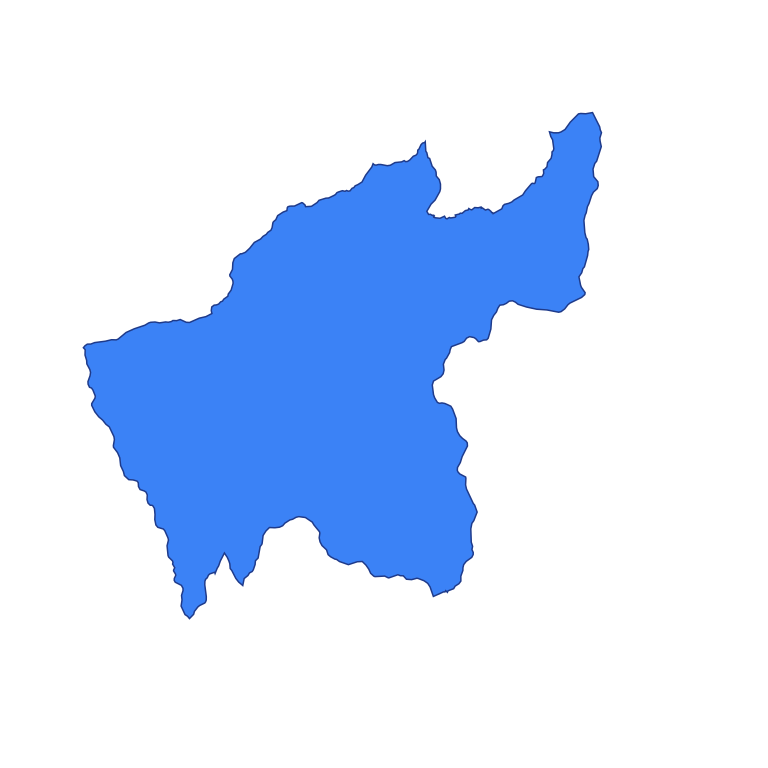 outline of Susacón, Boyacá, Colombia, rotated 162°
{"feature_id": "7082276B12166433159462", "entity_name": "Susacón", "entity_type": "district", "adm_level": 2, "iso_a3": "COL", "parent_name": "Colombia", "parent_adm1": "Boyacá", "projection": "albers", "projection_center": [-72.721, 6.224], "detail": "fine", "context": "isolated", "style": "filled", "palette": "blue", "viewbox_px": 768, "rotation_deg": 162, "n_neighbors": 0, "source": "geoboundaries", "source_scale": "gbopen_adm2", "svg_char_len": 6168}
<svg xmlns="http://www.w3.org/2000/svg" viewBox="0 0 768 768"><g transform="rotate(162 384 384)"><path d="M665.4,440.9L662.8,436.7L660.9,431.6L658.5,428.1L657.1,417.4L657.6,414.4L660.4,409.1L660.8,407.4L658.6,401.0L658.1,395.4L659.7,387.7L658.9,381.3L659.2,377.1L656.3,371.9L652.3,370.3L648.9,368.0L648.2,366.2L649.2,362.3L648.6,359.0L645.0,356.3L643.8,354.8L643.4,351.7L645.1,347.3L645.2,343.6L643.8,340.9L642.2,340.4L641.5,339.6L640.8,336.6L642.1,330.7L643.9,325.8L644.5,320.4L643.4,317.6L638.6,314.2L637.8,312.1L637.0,304.4L637.2,302.2L640.3,297.2L642.4,287.6L642.3,285.9L639.8,281.1L639.9,279.4L640.7,278.1L639.8,273.9L641.5,272.2L641.9,271.3L641.0,267.5L641.3,266.2L643.5,263.9L644.2,262.1L643.8,260.0L638.9,255.1L638.3,251.8L639.0,249.6L641.9,245.5L642.8,241.1L645.6,235.5L644.5,226.2L642.6,223.8L641.5,221.0L636.2,223.8L634.6,226.3L629.9,229.5L627.8,230.3L622.1,231.1L620.9,232.0L619.8,233.5L618.7,236.7L616.5,248.4L615.3,251.7L614.0,253.4L612.0,254.3L610.1,256.4L608.5,257.2L603.2,257.3L603.2,256.0L599.6,260.3L597.5,262.1L594.4,266.2L588.0,272.6L586.6,267.5L586.2,263.3L586.2,260.7L587.3,256.0L586.4,253.7L585.0,244.9L583.4,240.5L580.6,236.0L577.1,242.2L572.6,243.9L570.3,245.9L567.3,246.4L565.7,247.7L562.4,252.1L560.9,255.6L557.5,257.4L552.0,267.7L549.8,269.2L549.1,270.2L545.8,277.3L541.7,280.7L537.3,282.9L532.2,281.0L527.6,280.1L524.2,280.5L521.2,282.3L515.5,283.8L512.7,283.6L508.8,284.4L506.0,284.2L500.0,281.3L494.9,274.8L494.2,271.6L491.0,263.4L491.1,262.0L493.2,257.7L493.6,253.6L492.9,249.5L489.9,244.0L489.9,239.0L488.2,236.2L484.9,232.7L483.3,231.8L481.2,228.9L473.7,223.2L464.3,223.2L459.5,221.9L457.1,217.3L455.7,212.6L455.2,208.1L453.1,204.4L452.1,203.6L442.7,201.1L439.8,198.3L438.9,198.1L429.7,198.3L427.8,196.7L424.9,195.6L423.0,191.4L418.2,189.4L412.8,189.1L411.6,188.5L406.7,184.5L404.0,180.9L402.9,176.8L402.7,166.7L391.5,167.9L390.3,167.4L389.2,168.4L388.1,166.3L387.0,167.5L381.0,167.8L378.8,169.8L374.5,170.9L371.8,172.8L370.3,177.5L366.6,182.3L365.7,184.9L364.0,187.6L360.6,189.9L354.1,192.0L351.9,194.2L351.2,196.2L351.5,199.4L349.9,202.2L349.9,206.6L346.2,219.4L343.5,224.3L340.8,226.3L335.0,233.4L335.2,240.8L336.0,242.8L338.0,258.6L337.6,262.8L335.3,268.9L335.1,270.3L339.7,275.0L340.8,277.4L341.0,279.2L339.9,281.9L335.7,285.7L332.1,290.8L323.8,299.2L323.0,302.3L323.6,304.4L326.1,307.9L327.9,311.4L328.9,316.0L328.6,319.9L326.1,328.9L326.5,338.9L327.3,342.2L329.7,344.5L332.2,346.7L334.8,348.1L337.3,348.5L338.9,350.0L340.1,355.1L340.2,358.6L338.4,368.1L336.0,371.5L327.6,373.4L324.6,375.4L322.6,378.7L321.4,384.5L318.2,388.4L316.6,389.2L311.9,393.6L310.4,396.3L308.3,398.7L296.9,399.2L294.6,399.7L291.3,402.1L288.0,402.6L284.0,400.3L282.7,398.6L281.1,395.1L279.7,394.7L275.8,395.0L272.7,394.3L270.8,395.3L265.4,403.2L261.9,411.8L258.5,415.3L254.8,417.8L252.3,420.9L249.5,423.2L245.9,422.5L242.7,422.9L239.3,424.1L236.0,423.4L233.7,421.2L231.9,418.4L224.7,413.2L215.8,408.0L206.2,404.1L195.7,398.3L193.2,398.1L188.9,399.6L184.5,402.6L182.1,403.5L169.3,405.3L165.4,407.0L164.5,408.7L166.4,415.0L166.5,417.3L165.5,425.7L161.6,428.7L159.2,432.3L157.2,433.5L150.7,443.2L149.0,447.0L147.7,448.7L146.5,453.8L146.0,459.0L146.6,460.8L146.2,466.0L143.3,477.9L140.5,482.5L138.8,484.3L135.8,489.7L133.2,492.4L128.4,499.0L125.5,501.8L120.8,503.9L118.9,506.6L118.1,510.3L120.5,516.4L118.8,523.8L115.4,528.6L112.9,530.2L104.0,542.6L103.4,548.3L102.7,551.2L99.5,555.8L99.8,558.9L99.4,562.0L101.8,577.7L108.7,578.7L113.3,580.5L115.6,580.8L125.9,575.5L133.2,570.1L137.9,569.0L140.5,569.0L144.9,570.4L148.7,572.7L148.9,567.8L148.2,564.1L149.8,555.3L150.8,553.7L152.5,552.8L153.3,550.4L155.3,547.0L160.0,544.1L161.9,540.2L164.8,538.6L166.2,538.4L167.0,535.0L168.7,533.1L169.7,532.5L173.4,533.4L175.3,533.3L178.1,528.6L179.1,528.2L181.0,529.1L182.2,528.7L189.7,524.1L193.7,520.9L203.5,518.8L206.3,517.6L209.6,517.3L213.9,517.6L215.8,516.7L217.8,514.2L227.6,512.3L227.7,513.4L228.7,513.8L228.9,515.1L230.5,517.6L231.2,518.1L233.8,518.1L235.9,520.9L237.1,521.1L236.6,521.8L236.9,522.3L240.0,522.5L243.2,523.8L246.7,522.5L248.3,523.6L249.1,524.7L250.3,523.5L253.0,523.8L257.0,522.2L258.7,522.9L259.7,522.4L264.0,522.7L264.0,521.0L264.8,520.6L269.3,521.3L270.4,522.2L273.0,521.6L274.1,522.4L274.6,524.9L279.5,524.3L284.0,526.3L285.2,527.4L285.2,527.9L284.2,528.3L284.5,529.1L286.3,529.7L287.3,531.0L289.2,531.5L289.9,535.0L283.7,540.5L278.6,543.1L271.5,549.7L270.0,552.1L268.5,556.7L268.3,561.3L270.0,565.6L269.0,569.4L269.0,571.7L270.9,576.3L270.9,584.4L272.3,585.7L271.8,590.7L272.3,592.5L269.9,601.7L270.7,601.1L272.9,601.2L274.8,600.2L278.3,596.5L279.6,596.0L280.7,593.3L281.8,592.3L283.1,591.7L285.7,591.6L290.4,589.0L293.0,588.4L294.7,588.8L295.8,590.2L298.6,589.8L305.1,591.2L310.4,590.1L313.4,590.6L319.1,593.7L321.5,594.5L323.9,594.6L325.4,595.4L326.3,596.9L328.5,594.2L336.9,588.3L342.5,582.9L347.3,581.7L350.2,581.4L352.0,580.1L353.9,580.0L356.6,578.2L358.4,578.4L359.8,579.6L361.5,579.3L363.9,580.7L368.1,580.7L369.7,580.5L371.6,579.2L373.3,578.8L379.2,578.0L381.9,578.7L389.0,578.8L391.6,577.2L398.1,575.4L403.8,576.9L403.8,578.7L405.4,581.4L406.2,581.9L414.2,580.9L418.4,582.2L420.5,582.3L421.4,581.7L422.8,578.9L426.8,578.7L433.1,577.0L436.1,573.7L439.0,572.5L439.9,571.6L442.1,567.3L444.0,565.2L447.7,564.1L449.7,562.7L453.4,561.8L456.6,560.0L463.6,558.7L469.8,554.6L475.1,552.1L479.0,551.8L480.4,552.2L487.6,549.6L490.3,546.0L492.7,539.8L496.9,535.6L497.2,534.3L495.9,530.5L495.9,528.5L496.4,526.4L500.4,520.5L504.3,517.7L505.4,515.7L510.2,514.2L512.0,512.7L514.0,512.6L516.6,511.1L519.0,511.0L521.2,511.5L524.0,510.5L525.6,507.2L525.9,504.2L532.6,503.1L539.3,503.7L549.9,502.6L553.0,503.8L557.9,508.3L561.5,508.3L565.1,509.6L567.0,509.1L570.1,509.4L572.5,510.5L578.6,511.5L582.6,513.7L586.9,514.8L589.0,514.8L593.2,513.8L604.4,513.7L613.4,512.7L622.9,508.9L625.0,508.7L629.4,510.3L635.7,510.8L646.4,512.8L650.5,512.6L653.9,513.6L656.5,512.8L658.7,511.4L657.6,509.0L659.4,503.9L659.5,498.4L660.4,494.9L659.3,488.6L659.5,485.7L661.0,482.7L664.8,477.8L665.5,475.2L665.1,471.9L663.4,470.5L662.7,468.2L662.3,461.7L663.3,459.8L668.0,455.7L668.6,454.0L667.6,446.9L665.4,440.9Z" fill="#3b82f6" stroke="#1e3a8a" stroke-width="1.5"/></g></svg>